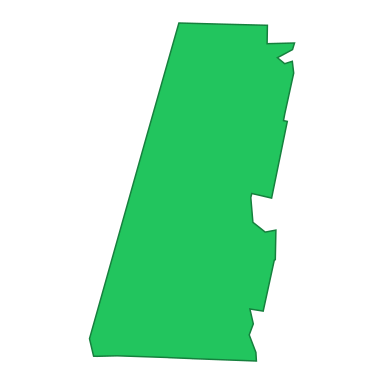 the district of Berkshire, Massachusetts, United States of America
{"feature_id": "52423323B53838763724441", "entity_name": "Berkshire", "entity_type": "district", "adm_level": 2, "iso_a3": "USA", "parent_name": "United States of America", "parent_adm1": "Massachusetts", "projection": "equal_earth", "projection_center": [-73.138, 42.393], "detail": "fine", "context": "isolated", "style": "filled", "palette": "green", "viewbox_px": 384, "rotation_deg": 0, "n_neighbors": 0, "source": "geoboundaries", "source_scale": "gbopen_adm2", "svg_char_len": 611}
<svg xmlns="http://www.w3.org/2000/svg" viewBox="0 0 384 384"><path d="M146.8,135.7L135.4,176.1L101.4,296.6L89.5,338.7L93.6,356.2L97.1,356.3L117.1,355.8L167.9,357.5L168.4,357.6L190.5,358.5L191.2,358.5L191.6,358.6L229.3,360.0L256.4,361.0L255.9,352.4L249.2,334.9L253.3,323.9L249.9,309.0L263.2,311.1L274.3,260.1L275.3,259.7L275.9,230.1L265.2,232.1L252.9,222.3L250.8,197.6L251.8,193.5L271.6,198.1L287.3,121.4L283.5,120.6L284.8,113.7L293.7,73.1L292.3,61.3L284.7,63.7L277.4,57.7L292.5,49.6L294.5,43.0L267.1,43.7L267.4,25.3L223.7,24.2L178.9,23.0L146.8,135.7Z" fill="#22c55e" stroke="#15803d" stroke-width="1.5"/></svg>